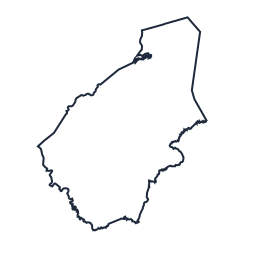 the district of Kariba, Mashonaland West, Zimbabwe, rotated 347°
{"feature_id": "62879985B94385115404707", "entity_name": "Kariba", "entity_type": "district", "adm_level": 2, "iso_a3": "ZWE", "parent_name": "Zimbabwe", "parent_adm1": "Mashonaland West", "projection": "natural_earth1", "projection_center": [28.545, -16.89], "detail": "fine", "context": "isolated", "style": "outline", "palette": "slate", "viewbox_px": 256, "rotation_deg": 347, "n_neighbors": 0, "source": "geoboundaries", "source_scale": "gbopen_adm2", "svg_char_len": 5824}
<svg xmlns="http://www.w3.org/2000/svg" viewBox="0 0 256 256"><g transform="rotate(347 128 128)"><path d="M72.0,219.8L72.7,220.3L73.5,219.9L74.6,220.1L76.8,218.8L77.4,219.7L77.8,219.9L78.4,219.8L79.5,218.8L79.9,219.1L80.1,219.8L80.6,220.0L82.2,219.5L82.9,219.8L83.4,219.6L83.7,220.1L84.1,220.2L85.2,218.9L85.7,218.7L85.8,219.1L86.1,219.1L86.6,218.7L87.3,217.3L87.7,217.0L100.2,215.0L101.0,214.7L104.2,215.9L104.2,215.3L103.8,214.6L104.0,214.2L105.3,213.7L105.4,214.0L104.9,214.8L105.7,215.1L106.4,216.0L107.0,216.1L106.6,217.1L107.5,216.8L108.4,217.4L110.4,217.4L111.0,218.2L111.2,219.7L111.7,219.5L111.9,220.0L113.2,220.9L114.0,222.2L114.3,221.9L114.6,222.3L115.1,221.9L115.9,222.4L117.0,222.1L117.3,221.9L116.5,220.9L116.5,220.2L117.2,219.8L118.8,217.9L119.9,215.5L121.9,212.6L124.3,209.8L124.7,208.5L125.9,207.1L126.8,204.8L127.8,204.1L129.0,204.2L130.3,203.6L131.4,202.3L131.6,201.9L131.2,201.3L131.1,200.4L130.7,199.6L131.2,197.7L131.6,197.1L131.7,195.9L134.6,191.1L135.5,190.5L135.5,190.0L135.2,189.5L135.6,189.0L135.6,188.3L136.5,186.1L136.3,185.7L136.7,183.9L137.9,184.5L138.8,185.5L139.5,185.4L141.2,186.2L141.5,186.7L141.6,186.1L142.3,185.9L142.5,186.8L142.6,186.3L143.0,186.6L143.1,186.3L143.1,184.8L142.8,184.2L143.3,183.1L145.0,182.1L146.1,181.0L146.4,180.0L147.5,180.0L147.8,179.7L148.6,178.0L148.6,177.0L149.4,176.4L150.2,176.6L151.2,176.1L151.9,177.3L152.4,177.5L152.9,177.3L153.2,176.2L153.8,176.4L154.4,177.1L155.1,176.0L155.4,175.9L156.1,176.7L156.6,176.3L156.8,175.3L157.6,174.9L159.9,174.4L161.3,174.4L161.6,175.0L164.2,175.7L164.8,175.5L165.4,175.8L166.3,174.7L167.6,175.3L168.9,175.2L169.4,175.6L170.3,175.1L170.4,174.4L171.8,173.2L173.1,173.4L174.2,172.5L175.1,170.4L175.2,169.4L175.5,168.9L174.9,166.6L174.9,165.6L174.1,163.6L173.6,162.7L172.9,162.2L171.7,159.6L170.1,158.9L169.6,157.9L167.6,158.6L167.0,156.7L165.5,156.1L164.9,155.5L164.7,154.4L165.9,153.2L166.0,152.9L166.9,152.3L167.2,152.6L167.7,151.7L168.0,151.9L168.8,151.5L169.2,151.9L169.6,151.5L170.6,151.6L171.1,151.4L171.4,151.9L172.3,152.1L173.0,151.8L173.9,152.1L173.9,151.3L174.5,151.5L174.8,151.2L174.9,150.3L175.5,149.5L175.6,149.0L176.0,148.9L176.0,148.4L176.6,147.8L177.3,147.6L177.5,146.9L177.3,146.1L177.7,146.1L177.9,146.6L178.4,146.6L178.9,145.8L179.5,145.6L179.1,144.7L179.4,144.3L179.6,144.4L179.9,145.0L180.8,145.2L181.0,144.9L180.7,144.4L181.8,144.2L181.8,143.6L182.1,143.6L182.5,142.2L183.3,143.3L183.5,143.2L183.6,142.5L184.1,142.3L184.6,142.3L185.0,143.1L185.3,142.6L185.9,142.6L186.8,141.5L187.4,142.0L187.9,142.0L188.2,142.9L188.6,142.9L190.0,142.0L190.6,141.3L191.5,141.0L195.2,138.6L195.6,139.1L195.6,138.4L195.9,138.0L197.4,137.1L197.7,137.4L197.3,138.5L198.4,138.2L198.8,137.6L198.9,138.2L198.5,138.9L198.8,139.1L199.1,139.1L199.2,138.4L199.5,138.2L200.1,138.2L200.8,138.6L202.1,138.1L201.9,139.2L202.3,139.6L203.3,139.1L203.3,138.5L203.5,138.5L203.8,139.3L204.6,138.9L205.0,139.5L205.3,139.4L205.7,138.1L206.1,138.1L199.2,115.0L198.7,105.6L219.9,50.5L210.9,33.6L186.9,34.8L186.6,35.0L176.6,35.5L163.5,36.0L163.3,38.4L162.6,40.1L162.5,41.1L160.0,44.4L159.2,46.4L159.1,48.1L159.9,50.0L160.1,51.5L158.9,55.0L157.8,55.5L153.1,59.6L156.5,59.5L158.1,61.1L158.1,61.7L158.6,60.6L159.2,60.7L160.6,59.9L161.7,59.6L164.5,59.7L164.8,61.1L164.4,61.7L166.9,62.2L166.7,63.3L165.9,63.7L165.8,64.1L165.4,64.3L165.5,64.5L164.7,64.6L164.9,64.4L164.7,64.2L165.0,63.9L164.6,63.7L164.8,63.3L164.2,63.7L164.1,63.3L163.7,62.9L163.7,62.7L163.4,63.2L163.1,63.0L163.1,63.3L162.9,63.2L162.9,62.9L163.1,62.6L162.9,62.2L162.8,62.9L162.6,62.6L162.6,62.8L162.3,62.7L162.5,62.4L162.3,62.2L162.3,62.5L162.1,62.4L162.3,62.8L161.9,62.9L162.0,63.2L161.8,63.0L161.5,63.2L161.5,62.9L161.3,63.0L161.2,62.8L161.1,63.4L160.6,63.7L159.9,62.9L159.1,63.9L159.0,63.0L158.5,63.8L157.4,64.4L156.6,64.1L156.8,63.6L156.3,63.9L155.1,63.7L155.1,63.3L154.7,63.4L154.3,62.9L154.0,63.5L154.0,62.9L153.7,62.8L153.6,63.2L153.3,63.2L153.3,62.9L153.2,62.9L152.9,63.8L152.5,63.7L152.9,63.0L152.6,63.2L152.4,62.9L152.1,63.3L151.9,63.0L151.7,63.1L151.9,63.5L152.3,63.6L152.4,64.1L152.0,64.4L151.5,63.6L151.2,63.7L151.4,64.2L150.9,64.6L151.1,65.1L149.6,66.2L149.5,65.5L150.1,63.2L149.6,63.5L150.2,63.0L150.2,62.3L150.8,61.8L150.5,61.6L147.6,65.5L131.9,69.0L110.8,79.5L110.0,78.9L108.8,78.9L107.8,79.7L107.9,81.1L106.1,82.4L105.5,83.0L104.6,85.0L102.6,86.1L102.2,87.1L101.3,87.9L99.7,88.0L99.1,87.7L98.4,86.7L97.8,86.5L97.0,85.6L96.2,85.5L95.4,85.6L94.3,86.2L92.8,86.4L91.6,86.4L90.1,85.4L84.5,87.3L83.2,88.7L82.8,90.1L82.2,91.0L79.2,93.8L77.9,94.2L75.8,93.5L74.3,93.9L74.0,94.7L74.3,96.8L73.1,97.6L71.9,97.6L72.0,99.5L71.7,100.1L70.4,100.8L54.8,116.1L43.7,121.4L36.1,125.6L37.5,127.3L38.5,129.1L38.4,134.5L38.7,136.4L39.0,136.8L39.0,138.6L37.1,144.3L37.2,145.1L38.4,147.4L40.1,149.3L39.0,151.3L41.3,152.0L44.0,152.0L44.4,152.6L43.8,153.6L41.2,156.0L41.2,156.7L42.1,158.9L42.0,163.0L41.3,164.2L39.0,165.4L38.9,166.2L41.1,167.9L43.6,165.7L44.3,165.6L44.9,166.0L48.2,170.2L48.2,170.6L47.5,171.4L47.4,172.0L47.9,172.4L48.1,174.0L48.6,174.5L49.2,174.4L50.6,172.9L52.1,172.4L54.6,173.0L55.9,174.0L56.1,174.6L55.9,175.7L55.5,176.7L54.1,178.0L54.8,180.9L54.7,183.0L55.1,183.8L56.3,184.7L57.6,184.2L57.9,186.2L57.3,187.1L55.1,187.1L54.8,187.7L55.2,189.0L57.0,189.6L57.0,190.0L56.0,191.1L56.0,191.5L59.1,192.8L59.2,193.7L58.5,194.0L58.0,193.7L57.6,194.3L57.1,194.3L56.6,193.8L56.9,192.9L56.5,192.8L55.8,193.4L55.8,194.8L56.3,195.1L57.0,195.1L57.4,195.7L59.4,195.6L60.1,196.1L60.3,197.0L59.4,197.1L59.2,198.1L59.7,198.3L60.0,198.8L60.4,198.7L60.3,199.3L60.3,200.0L59.3,201.3L59.0,203.2L60.3,203.3L60.5,206.1L60.8,206.2L60.9,205.5L61.5,204.7L61.9,204.7L63.0,206.2L64.3,207.1L64.4,207.3L63.6,208.4L64.1,209.4L65.3,209.5L66.1,211.0L67.8,210.9L69.8,211.8L70.9,213.9L71.1,215.0L70.6,217.1L70.7,218.4L71.0,219.0L71.1,219.8L72.0,219.8Z" fill="none" stroke="#1e293b" stroke-width="2"/></g></svg>